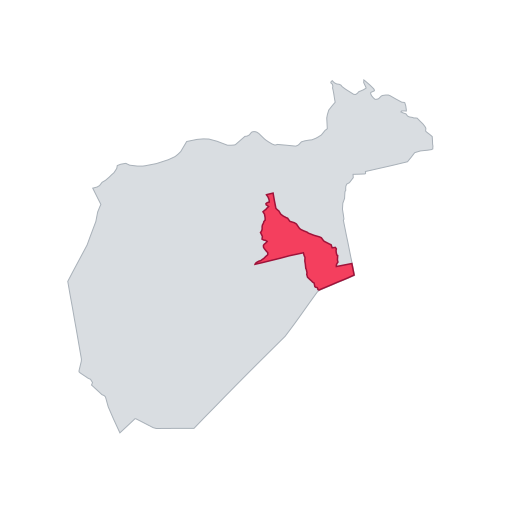 Ingall, Agadez, Niger (highlighted), rotated 168°
{"feature_id": "23599985B91742674817727", "entity_name": "Ingall", "entity_type": "district", "adm_level": 2, "iso_a3": "NER", "parent_name": "Niger", "parent_adm1": "Agadez", "projection": "albers", "projection_center": [6.528, 17.43], "detail": "fine", "context": "in_parent", "style": "filled", "palette": "rose", "viewbox_px": 512, "rotation_deg": 168, "n_neighbors": 0, "source": "geoboundaries", "source_scale": "gbopen_adm2", "svg_char_len": 5024}
<svg xmlns="http://www.w3.org/2000/svg" viewBox="0 0 512 512"><g transform="rotate(168 256 256)"><path d="M401.6,356.3L397.1,356.5L394.4,357.4L391.2,360.1L387.5,361.3L383.1,363.7L380.3,365.5L377.6,367.0L374.0,370.6L372.9,373.3L369.2,373.9L364.1,373.7L360.7,371.1L353.0,368.5L348.1,367.5L345.8,367.3L334.2,367.1L321.8,368.4L315.6,369.8L314.4,370.1L310.9,371.9L307.9,373.8L300.0,382.4L289.4,382.3L283.1,381.5L277.8,380.2L270.2,376.3L260.9,370.3L257.3,369.5L254.1,369.1L253.0,369.2L242.0,375.3L239.9,375.1L237.3,375.8L235.6,377.3L234.3,378.1L233.0,378.2L231.2,377.9L229.5,377.0L227.8,375.3L223.3,368.6L222.3,367.4L220.4,365.4L217.1,362.3L214.9,360.8L213.6,360.5L211.9,360.7L203.1,358.0L194.3,355.2L192.3,355.5L190.9,356.1L187.9,358.2L184.3,358.5L179.7,358.3L177.2,358.0L173.1,358.7L170.4,359.5L166.9,360.8L162.2,364.6L160.9,365.1L159.8,365.7L158.1,376.3L156.8,379.4L154.5,383.6L149.8,387.5L146.6,389.9L146.5,393.1L146.2,398.5L146.1,402.1L146.2,404.5L145.7,405.6L145.5,406.7L145.6,408.2L146.3,409.0L146.8,409.9L146.5,410.7L145.0,411.7L143.4,409.2L141.3,407.5L139.0,406.7L137.4,405.5L136.6,403.8L133.6,400.4L126.8,393.8L126.1,393.6L124.9,393.3L122.9,394.1L121.7,395.1L120.8,395.5L119.5,395.6L116.2,396.3L113.5,397.3L113.4,398.2L114.6,403.2L113.9,405.8L112.8,404.5L109.0,399.5L106.5,395.7L106.0,394.9L105.7,393.6L105.9,393.0L107.0,392.7L109.4,392.2L109.9,391.9L110.1,390.9L109.7,388.9L108.4,386.4L107.1,384.6L106.3,384.3L104.8,384.2L103.3,384.4L100.2,386.4L98.9,386.7L95.9,386.5L93.2,386.0L91.5,384.9L86.7,380.6L81.4,376.1L79.1,375.4L78.6,375.0L78.3,371.6L78.6,367.5L78.9,366.5L81.1,367.2L83.5,367.6L84.3,366.8L82.4,365.4L79.7,363.8L78.8,361.6L78.0,360.8L76.8,360.0L75.4,359.5L73.9,358.9L73.0,358.2L71.4,357.9L69.7,357.3L67.4,353.7L65.1,350.2L63.8,347.4L63.3,345.7L64.1,342.9L63.4,341.8L60.9,338.9L58.8,336.2L59.4,332.1L60.0,328.7L60.1,326.6L60.5,325.3L60.8,324.0L62.3,323.6L66.0,323.8L73.3,324.6L79.1,324.1L79.4,324.0L83.6,320.4L88.2,316.7L95.1,316.5L102.4,316.3L108.2,316.2L116.7,316.1L123.5,316.0L131.4,315.9L131.6,314.1L132.1,313.7L132.9,313.7L138.7,314.7L144.1,315.7L144.6,312.4L149.4,308.3L152.2,307.5L152.8,306.8L153.7,305.4L154.3,303.2L154.5,301.7L155.6,300.4L156.3,298.0L157.4,293.9L160.1,289.6L161.7,283.8L162.0,278.1L162.3,273.8L163.1,272.9L163.2,265.2L163.3,257.5L163.3,251.0L163.4,242.9L163.5,235.7L163.5,228.0L163.6,221.1L163.6,216.5L169.1,215.5L174.7,214.4L182.9,212.8L191.8,211.1L201.4,209.2L203.6,208.0L210.9,201.4L214.2,198.4L220.7,192.4L225.7,187.8L232.1,182.0L238.8,176.1L244.2,171.4L252.6,166.0L265.2,157.9L277.8,149.8L290.4,141.6L302.9,133.4L315.3,125.2L327.7,116.9L340.1,108.7L352.5,100.3L365.2,103.0L377.2,105.5L389.4,108.0L392.3,109.5L398.9,114.9L407.4,121.8L407.8,121.9L408.2,122.0L415.9,117.3L425.9,111.3L429.3,126.3L431.9,139.2L432.4,147.5L432.6,149.6L433.5,151.0L435.5,152.4L443.7,164.0L442.2,166.2L443.5,169.8L445.6,171.3L452.3,178.2L453.2,179.5L452.9,180.7L448.8,189.3L448.2,191.4L447.8,202.2L447.5,209.8L447.1,220.2L446.7,232.7L446.3,243.2L445.9,257.1L445.4,270.3L439.2,277.8L428.0,291.1L418.9,301.9L414.4,309.1L405.5,323.0L401.7,332.0L398.5,336.7L397.0,338.7L398.7,345.1L401.6,356.3Z" fill="#d9dde1" stroke="#a8b0b8" stroke-width="1"/><path d="M213.4,281.6L215.7,282.9L217.2,286.4L217.9,286.9L218.9,287.5L219.5,288.2L220.5,288.9L221.5,289.9L223.1,291.8L224.4,295.5L225.1,296.2L226.6,298.4L226.5,306.5L226.2,314.0L230.2,313.9L232.8,313.8L233.1,313.7L232.1,311.6L231.7,309.7L231.5,307.9L231.7,306.7L231.8,306.0L233.1,306.0L234.6,305.6L235.4,305.1L235.4,303.9L234.3,302.9L233.4,301.7L234.4,301.1L234.8,300.8L235.9,300.3L236.5,299.5L237.9,299.0L240.0,297.8L239.0,295.3L239.1,291.5L239.6,289.1L240.0,289.0L241.3,287.9L241.4,287.4L242.3,286.1L243.2,285.1L243.8,283.8L244.2,282.1L244.4,281.0L245.3,279.4L246.0,278.6L246.7,278.1L246.4,276.8L245.7,273.9L245.8,273.4L246.5,271.6L246.6,271.2L245.0,269.9L243.6,269.4L242.1,268.1L242.0,267.9L243.1,267.2L243.9,266.6L245.2,266.0L246.2,265.2L246.5,264.9L246.8,263.4L246.8,262.8L246.3,261.4L244.7,258.2L243.8,256.9L243.8,256.6L244.0,256.1L244.1,255.2L244.5,254.6L244.8,254.5L246.6,253.5L248.1,252.5L249.2,251.8L250.3,251.5L252.2,250.5L254.2,250.4L256.2,249.8L257.0,249.5L257.5,249.2L258.2,248.7L258.6,248.1L251.4,248.2L245.3,248.4L232.5,248.8L223.3,249.3L209.0,249.3L208.9,247.2L208.7,245.7L208.4,244.6L208.5,243.8L208.9,242.5L209.3,240.8L209.4,238.1L209.8,234.4L209.9,233.3L209.6,232.7L209.6,228.9L210.2,227.5L210.0,224.5L208.1,221.7L207.0,220.2L206.0,218.6L204.8,217.5L204.8,213.8L204.1,213.0L202.7,212.4L202.4,211.5L202.4,210.3L201.5,209.6L197.6,210.4L190.1,211.8L181.6,213.5L175.3,214.6L170.6,215.5L164.4,216.9L164.0,217.0L163.8,228.7L179.6,229.0L179.3,230.4L178.5,231.7L177.1,233.0L177.2,235.1L176.0,239.5L176.7,240.1L176.8,242.3L176.6,244.6L175.9,246.2L176.6,247.9L179.8,248.2L180.2,251.4L181.6,252.4L186.0,256.0L186.7,256.8L188.3,260.3L190.1,261.6L195.0,264.2L198.2,266.3L200.1,267.5L200.7,268.4L202.7,269.8L204.1,270.7L206.6,272.6L207.7,273.9L208.6,275.9L209.8,278.9L211.6,280.6L213.4,281.6Z" fill="#f43f5e" stroke="#9f1239" stroke-width="1.5"/></g></svg>